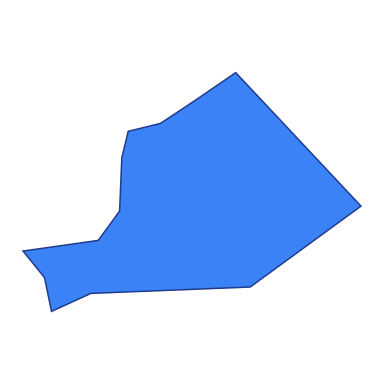 SVG path tracing the border of Qala
{"feature_id": "MLT-5980", "entity_name": "Qala", "entity_type": "state/province", "adm_level": 1, "iso_a3": "MLT", "parent_name": "Malta", "parent_adm1": "", "projection": "natural_earth1", "projection_center": [14.311, 36.036], "detail": "fine", "context": "isolated", "style": "filled", "palette": "blue", "viewbox_px": 384, "rotation_deg": 0, "n_neighbors": 0, "source": "natural_earth", "source_scale": "10m", "svg_char_len": 293}
<svg xmlns="http://www.w3.org/2000/svg" viewBox="0 0 384 384"><path d="M235.7,72.6L361.0,206.1L250.2,287.0L90.8,293.4L51.5,311.4L44.5,277.6L23.0,251.0L98.2,240.4L119.6,211.1L121.8,157.9L128.2,131.3L160.4,123.4L192.6,102.1L235.7,72.6Z" fill="#3b82f6" stroke="#1e3a8a" stroke-width="1.5"/></svg>